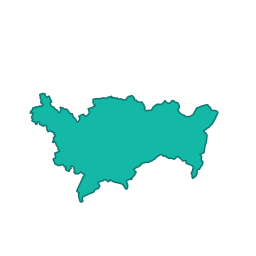 An Nhon, Bình Định, Vietnam, rotated 234°
{"feature_id": "81297802B14138193507010", "entity_name": "An Nhon", "entity_type": "district", "adm_level": 2, "iso_a3": "VNM", "parent_name": "Vietnam", "parent_adm1": "Bình Định", "projection": "natural_earth1", "projection_center": [109.077, 13.858], "detail": "fine", "context": "isolated", "style": "filled", "palette": "teal", "viewbox_px": 256, "rotation_deg": 234, "n_neighbors": 0, "source": "geoboundaries", "source_scale": "gbopen_adm2", "svg_char_len": 5725}
<svg xmlns="http://www.w3.org/2000/svg" viewBox="0 0 256 256"><g transform="rotate(234 128 128)"><path d="M199.3,65.6L199.5,64.4L200.0,63.2L200.0,62.4L198.9,61.7L198.7,59.5L198.4,58.7L197.6,57.8L196.8,58.4L196.6,59.5L196.1,59.7L195.5,59.5L195.1,59.3L194.9,58.7L194.3,58.1L194.0,57.1L193.6,56.4L192.5,56.0L191.6,56.4L190.5,54.7L190.1,54.6L189.3,54.8L187.9,56.1L185.2,55.6L184.8,56.2L184.8,56.8L186.1,58.1L185.9,59.2L185.3,59.6L184.6,59.6L183.9,59.1L183.0,58.7L182.0,59.1L181.4,59.7L179.8,60.1L179.3,60.5L179.0,62.2L178.7,62.7L178.1,63.1L177.3,63.0L176.5,62.7L173.7,61.2L173.2,61.4L172.1,61.2L171.8,61.5L171.4,63.3L170.9,63.9L169.1,64.3L168.4,65.0L167.6,65.4L166.8,65.3L166.7,64.5L166.2,64.4L165.8,64.4L165.2,64.9L164.3,65.0L164.1,64.9L164.0,64.4L164.1,63.6L164.0,62.0L163.3,61.4L161.8,60.9L161.6,60.5L161.4,59.2L160.8,58.7L160.2,58.9L159.9,60.4L159.4,60.8L159.0,60.9L156.2,59.9L153.6,59.9L152.1,59.0L149.5,59.1L149.3,58.9L149.7,58.1L150.2,55.0L150.7,54.3L150.5,53.9L149.5,53.3L147.5,52.7L147.1,52.4L146.6,51.5L146.6,50.5L147.0,49.6L146.7,49.3L145.3,48.5L144.3,48.7L142.6,48.0L141.7,47.9L141.4,48.0L140.2,48.8L139.1,49.3L138.5,49.7L137.7,51.1L137.3,52.7L136.8,53.5L136.3,54.0L133.9,53.8L133.1,54.7L132.5,54.7L132.1,54.3L131.9,53.6L131.1,53.1L130.3,53.3L127.9,54.5L127.5,55.1L127.6,55.4L128.7,56.1L128.8,56.4L128.7,57.6L128.8,58.2L130.3,58.8L130.6,59.4L130.4,59.9L130.0,60.4L128.9,60.9L128.5,60.9L125.3,60.0L124.6,59.4L124.2,58.5L123.9,58.3L122.0,58.5L121.6,58.7L121.4,59.7L120.7,60.0L120.2,60.9L120.2,63.5L119.6,64.0L117.9,64.4L116.5,65.5L115.9,65.6L115.4,65.3L115.0,63.4L107.3,49.6L106.7,49.5L104.1,50.3L103.9,50.2L103.8,49.6L103.3,48.9L101.8,47.9L96.9,46.1L95.8,46.4L95.2,47.4L95.3,48.4L95.4,48.6L96.9,49.0L98.1,49.6L98.4,49.9L98.7,50.8L98.6,52.2L97.6,57.7L96.9,60.6L96.5,61.4L96.4,62.8L96.5,63.3L97.4,64.1L97.4,64.8L97.4,65.4L96.5,68.7L97.2,69.7L97.3,70.8L97.6,71.0L101.3,71.7L101.3,72.5L100.8,75.2L100.0,76.5L100.1,77.7L99.7,79.5L99.3,79.9L98.6,79.5L97.8,80.0L96.3,80.3L96.2,81.1L95.9,81.5L96.6,83.1L93.4,84.5L92.5,85.0L87.4,89.5L86.2,90.2L84.3,90.8L82.4,90.4L79.8,90.4L79.6,90.5L79.5,91.0L79.6,92.1L81.4,93.8L82.9,94.6L85.2,95.0L85.8,95.6L86.0,96.5L86.0,97.6L85.3,99.2L85.7,100.4L85.3,100.6L84.6,100.4L84.4,100.7L85.7,102.9L85.8,103.9L85.7,105.2L86.7,106.6L86.9,107.6L87.6,108.5L88.1,108.8L89.4,108.2L91.4,108.1L91.0,109.8L91.2,111.3L90.7,112.4L90.4,115.9L91.0,118.0L90.9,119.4L89.3,123.0L88.1,124.4L88.1,126.3L87.4,127.9L87.4,129.6L87.1,131.6L87.7,133.3L87.4,138.7L86.1,139.9L84.4,140.0L83.9,141.5L82.0,142.0L79.5,143.2L79.1,143.5L78.6,144.6L77.2,146.0L75.6,146.9L75.5,147.4L76.0,150.7L75.7,151.4L72.6,152.5L68.9,153.0L68.7,153.4L68.4,154.5L67.8,155.7L67.6,155.8L65.9,154.5L64.9,154.4L63.9,155.2L60.6,157.4L59.6,157.7L57.5,157.7L57.1,157.6L56.9,157.2L56.8,156.3L55.9,155.8L54.5,153.0L54.2,152.6L52.6,152.3L51.2,151.3L49.9,150.8L49.3,150.8L49.1,153.7L49.4,154.9L50.8,157.4L52.2,158.2L53.2,159.2L53.4,160.6L52.6,161.6L53.8,163.8L54.3,165.9L55.6,167.9L56.9,168.7L57.4,168.8L57.9,168.2L58.4,168.2L60.2,169.4L61.0,170.4L62.4,170.7L62.9,171.0L64.3,170.7L63.4,174.8L63.5,175.0L68.0,179.6L71.6,184.2L72.6,184.8L75.5,187.6L76.1,187.8L76.9,187.9L79.1,187.8L80.6,187.3L81.0,187.5L81.3,188.2L81.4,188.9L80.9,190.6L81.5,192.4L80.9,193.3L80.8,193.6L81.5,195.4L81.7,198.4L82.4,199.9L82.8,200.5L83.1,201.7L84.1,203.4L84.4,204.7L85.6,205.9L86.4,208.1L87.7,209.7L88.0,209.9L89.0,209.9L90.0,209.4L91.3,208.3L93.1,206.2L93.6,205.9L94.6,205.9L95.5,206.5L96.1,206.6L96.9,206.5L97.5,206.0L99.0,206.2L100.0,206.0L100.7,205.1L102.6,199.9L103.2,197.1L103.7,195.6L103.7,194.9L102.9,193.7L102.0,191.3L100.7,188.9L100.7,187.5L101.0,184.8L101.4,183.9L102.3,183.0L102.9,181.6L103.3,181.3L104.9,181.1L105.5,180.9L106.7,179.8L108.2,179.2L110.0,178.8L111.6,178.8L112.7,178.6L113.1,178.8L114.3,181.4L115.1,182.2L117.7,183.0L119.4,182.9L121.0,181.4L123.0,181.0L123.7,180.5L124.2,180.0L124.2,179.7L123.5,176.7L123.8,175.6L126.0,174.2L128.1,174.1L128.3,173.9L127.7,171.5L127.5,169.3L127.6,168.6L129.3,166.7L129.9,165.8L130.1,165.3L130.3,163.2L130.0,160.6L128.6,157.1L130.1,155.3L131.1,152.9L133.0,152.3L133.3,152.3L134.9,153.9L136.0,153.9L137.3,154.4L140.9,154.4L141.2,154.2L141.7,153.1L142.4,152.2L143.8,151.2L145.7,151.0L146.7,149.7L147.4,149.8L147.9,150.5L148.4,150.7L151.4,150.4L151.9,150.1L152.4,149.4L152.4,148.0L153.4,146.8L152.3,143.5L152.6,142.1L153.0,141.3L154.0,140.3L155.3,139.9L156.3,138.4L157.3,137.3L158.7,136.9L159.2,135.4L159.6,135.1L160.4,135.0L162.2,132.5L162.5,132.5L163.1,133.4L163.5,133.1L164.0,131.1L164.6,130.0L165.0,127.1L166.2,126.6L166.5,126.3L167.3,124.9L167.8,123.3L170.0,120.0L171.1,118.1L171.7,116.5L170.5,115.8L169.3,114.7L167.1,114.3L165.6,114.7L165.5,113.9L165.8,111.4L165.5,110.8L166.6,108.4L166.9,107.1L165.2,106.6L163.3,105.9L163.0,105.6L162.5,104.4L162.2,103.0L162.1,101.5L162.2,100.6L162.4,100.3L164.2,100.2L165.0,100.1L165.3,99.8L165.6,99.3L166.4,95.3L165.7,94.9L164.6,94.7L163.4,94.0L163.0,93.4L162.4,91.3L163.3,90.3L163.7,90.2L165.0,90.6L165.9,90.7L169.6,90.3L170.8,90.6L171.8,91.2L172.2,91.3L173.7,89.7L178.5,89.6L179.3,89.4L180.0,88.8L180.9,87.3L182.6,87.1L183.8,85.9L184.5,85.6L184.4,85.1L182.3,84.5L181.7,84.0L181.5,83.0L181.0,82.4L180.7,81.4L181.2,80.8L183.0,81.2L184.3,81.1L185.0,80.6L186.4,80.2L188.7,80.1L190.2,79.0L191.1,78.8L193.4,79.3L193.8,79.7L193.9,81.3L195.0,81.4L195.3,81.6L195.4,82.1L197.2,82.0L199.5,82.9L200.2,82.8L200.1,81.8L200.6,81.1L200.5,80.4L200.8,80.0L203.1,80.3L204.7,80.9L205.3,79.9L206.2,79.2L206.9,76.5L206.8,76.1L205.2,75.7L204.0,74.6L201.3,74.4L201.1,74.3L200.8,72.9L199.8,72.5L198.5,72.4L198.2,72.7L198.1,73.4L197.7,73.4L197.1,73.0L196.1,71.4L196.0,70.9L196.2,70.6L197.5,70.1L198.1,68.1L198.2,66.4L198.9,66.4L199.3,65.6Z" fill="#14b8a6" stroke="#0f766e" stroke-width="1.5"/></g></svg>